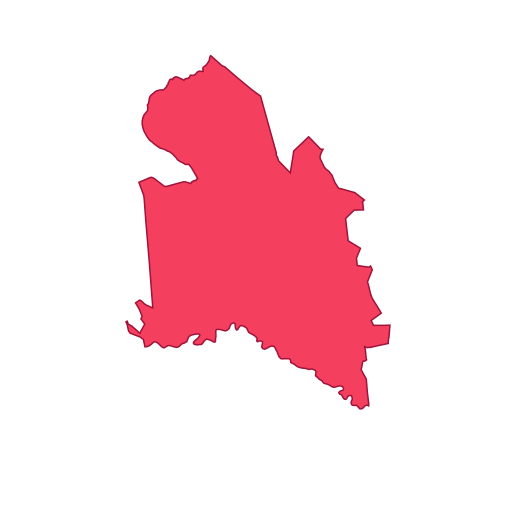 Krapes pag., Ogre, Latvia (Albers equal-area conic projection), rotated 215°
{"feature_id": "27541924B6924780899124", "entity_name": "Krapes pag.", "entity_type": "district", "adm_level": 2, "iso_a3": "LVA", "parent_name": "Latvia", "parent_adm1": "Ogre", "projection": "albers", "projection_center": [25.205, 56.742], "detail": "fine", "context": "isolated", "style": "filled", "palette": "rose", "viewbox_px": 512, "rotation_deg": 215, "n_neighbors": 0, "source": "geoboundaries", "source_scale": "gbopen_adm2", "svg_char_len": 6113}
<svg xmlns="http://www.w3.org/2000/svg" viewBox="0 0 512 512"><g transform="rotate(215 256 256)"><path d="M431.5,317.2L431.2,317.0L430.4,316.3L428.9,314.2L428.4,313.3L428.3,312.1L428.6,308.1L428.6,307.1L428.4,306.1L428.0,304.6L427.3,302.9L426.7,301.4L425.9,300.2L424.5,298.3L421.4,295.5L419.0,293.8L413.8,291.3L410.4,290.1L408.7,289.8L407.0,289.8L403.5,289.4L398.0,289.3L396.0,289.5L393.3,290.5L390.4,291.1L388.4,291.2L386.6,291.8L384.7,291.8L382.5,291.7L381.3,291.3L378.3,290.8L375.4,289.8L373.7,289.8L370.6,290.1L368.9,290.4L366.4,290.5L364.7,291.6L363.7,292.5L360.0,291.5L348.3,286.1L348.7,285.2L348.7,284.6L348.6,283.6L348.6,283.2L349.7,282.5L350.1,282.0L350.5,281.6L350.5,280.8L350.6,280.4L351.3,279.6L351.2,279.1L351.0,278.5L350.9,278.1L351.1,277.9L356.0,276.4L357.0,275.8L358.1,275.0L365.9,265.7L368.2,262.8L369.6,261.4L370.8,260.7L372.0,260.5L374.0,260.7L384.2,261.1L386.8,260.5L388.0,259.2L392.0,252.6L394.2,249.2L382.9,241.4L382.2,240.6L381.4,239.9L366.7,221.9L340.1,190.0L310.8,154.3L310.9,154.2L317.6,152.9L319.8,152.8L323.9,153.4L325.8,153.3L325.9,153.2L326.1,152.9L327.8,148.5L320.6,145.2L314.7,141.3L314.2,138.5L308.1,136.4L307.7,132.6L307.5,132.0L307.3,128.9L306.8,126.0L307.5,126.0L310.2,126.6L312.2,126.7L313.0,126.9L317.3,127.2L317.6,127.5L318.1,127.2L320.5,127.2L321.5,126.9L321.9,126.9L322.7,127.8L324.2,128.7L324.7,127.4L322.4,126.1L317.5,121.6L314.8,120.6L304.3,123.2L300.3,123.0L294.9,117.9L294.0,118.7L293.1,119.4L292.5,120.4L291.9,121.4L291.5,122.6L291.1,123.8L290.5,126.5L290.2,127.1L289.7,127.6L288.4,128.2L287.1,128.4L285.2,128.2L280.8,127.5L279.3,127.7L278.6,128.1L276.8,131.9L276.0,132.7L274.5,133.5L270.6,134.7L268.6,135.7L267.8,136.5L267.2,137.5L266.9,138.7L266.7,139.4L266.7,140.5L266.4,141.3L266.0,141.9L265.7,142.5L265.0,143.2L263.6,145.9L263.7,147.0L263.9,147.3L264.2,148.8L264.5,149.8L264.7,150.6L264.6,151.7L264.3,152.6L263.9,153.4L263.7,154.0L262.0,155.9L259.6,158.3L258.7,159.0L257.8,159.2L256.7,159.2L256.4,158.2L256.4,155.9L257.7,150.7L257.5,148.9L257.0,148.6L256.3,148.3L255.2,148.5L253.0,149.6L251.7,150.9L250.7,151.5L249.9,152.5L249.6,153.8L249.6,155.1L249.8,156.3L249.5,157.2L249.5,157.6L248.8,159.6L248.3,159.9L244.8,160.9L243.3,161.2L242.4,161.1L241.2,161.3L240.3,161.9L240.2,162.7L240.8,163.7L241.9,165.3L242.5,166.9L245.9,171.4L246.2,172.3L246.1,173.2L245.7,173.6L243.3,175.2L240.3,176.3L239.2,176.6L237.8,177.4L237.1,178.6L236.6,179.9L236.4,181.1L237.2,184.2L237.4,185.8L236.9,187.1L236.3,188.0L235.2,188.7L234.4,188.4L233.4,187.6L232.8,186.6L231.4,185.2L230.1,184.4L229.3,184.3L228.9,184.9L228.8,186.2L229.0,187.0L229.0,187.9L228.9,189.9L227.2,191.1L223.3,191.7L221.6,191.2L218.3,189.3L216.7,189.3L215.1,189.6L211.3,189.9L208.1,189.4L207.6,188.7L207.0,187.4L206.6,186.8L205.8,186.6L205.5,186.7L204.8,188.0L204.0,188.8L202.3,189.5L201.6,189.4L200.7,188.4L200.0,186.6L199.6,185.9L199.4,185.1L198.9,184.6L197.4,184.0L195.5,184.6L193.8,187.3L193.4,188.4L192.1,190.7L191.2,191.4L190.0,192.0L189.0,192.2L187.7,191.8L186.3,190.9L183.6,189.6L182.7,188.8L180.2,187.3L179.6,186.7L176.8,186.2L175.6,186.7L175.2,187.1L170.7,190.4L169.5,190.9L168.5,190.8L167.4,189.9L166.8,189.0L166.5,188.7L162.7,189.2L158.7,189.1L156.6,189.6L154.5,190.4L150.7,192.4L148.0,193.3L147.3,193.6L146.5,194.8L144.4,195.8L142.2,196.3L140.8,195.8L140.1,195.0L139.7,194.4L138.7,192.2L138.0,191.9L136.1,191.9L133.8,191.3L130.4,191.6L128.1,190.8L127.2,190.8L123.5,192.1L121.4,192.4L118.5,192.5L117.4,192.9L116.3,193.7L113.3,197.3L112.6,197.9L110.9,198.5L109.4,198.4L108.5,197.8L108.0,197.3L107.8,196.3L107.9,195.7L109.5,193.7L109.8,192.7L109.9,192.0L109.8,191.5L109.4,191.2L108.3,190.9L106.9,191.3L105.7,191.1L104.2,190.4L103.3,189.8L102.4,189.5L101.4,189.5L100.7,189.7L100.1,190.4L99.9,191.1L100.2,192.1L100.2,193.5L99.8,194.8L99.3,195.4L98.4,196.1L97.6,196.1L96.4,195.4L95.6,194.7L95.0,193.9L94.7,192.8L94.5,191.3L93.6,189.9L92.4,189.2L91.7,189.0L90.3,189.6L89.6,190.1L88.1,191.3L87.0,191.3L86.3,191.0L84.6,190.7L83.5,190.3L83.2,190.4L82.3,191.0L81.5,191.8L81.2,192.8L80.7,195.6L80.3,196.7L79.1,197.8L77.8,197.7L77.7,197.9L79.4,200.2L86.5,208.1L95.0,218.4L104.6,223.1L106.2,226.9L107.9,230.5L107.7,231.5L107.8,231.8L106.7,232.2L106.4,232.6L105.8,234.4L106.3,234.7L107.1,235.4L112.6,241.9L114.5,243.5L115.0,244.2L112.4,244.6L110.9,246.1L110.2,246.4L101.4,256.1L101.2,256.2L97.5,260.2L97.9,260.6L100.5,265.2L100.3,265.4L106.6,276.2L110.3,273.4L116.9,268.7L120.0,266.6L124.7,269.2L123.7,272.0L123.6,272.3L120.6,281.1L136.7,288.1L139.9,290.3L139.9,290.2L145.0,294.8L149.9,298.9L152.8,311.4L156.4,313.5L157.1,311.6L167.6,306.3L172.5,311.9L174.8,322.2L189.2,321.3L204.1,338.1L202.8,345.3L201.8,350.0L194.4,355.4L199.2,361.0L199.9,361.2L199.3,364.0L211.3,364.6L225.7,359.6L226.9,358.8L227.1,358.8L233.6,361.5L240.0,365.7L244.9,367.2L248.6,367.3L251.5,368.2L259.1,372.5L259.6,373.0L260.9,374.6L262.1,379.5L262.3,381.9L264.4,380.6L277.5,383.2L281.3,383.8L283.4,372.9L283.5,372.8L285.3,363.6L284.2,361.3L284.0,361.1L275.6,343.7L276.0,343.8L292.1,346.9L293.2,347.7L295.4,349.5L296.6,349.8L297.2,350.1L298.5,352.1L344.0,389.6L354.5,389.8L373.0,391.3L390.1,393.0L393.1,392.4L407.6,394.1L408.1,394.0L407.8,392.4L407.6,391.7L406.4,389.0L406.4,388.3L406.3,385.2L406.5,383.4L406.6,382.8L407.3,381.2L407.5,380.4L407.2,379.3L406.9,378.8L405.2,376.8L408.1,375.1L408.6,374.8L408.9,374.4L409.7,372.6L409.8,370.6L410.2,369.3L410.4,368.8L411.4,367.7L413.5,366.5L412.9,364.0L413.2,363.9L413.4,363.4L413.5,362.5L415.0,361.4L415.2,361.0L415.7,360.2L415.7,359.4L415.9,358.6L417.4,358.5L422.9,357.5L423.3,357.4L424.6,356.7L425.2,355.6L425.2,355.4L425.1,355.2L425.2,354.9L425.7,354.7L425.9,354.5L425.9,354.1L425.5,353.2L425.5,352.6L426.5,352.4L427.5,351.7L427.6,351.3L427.7,350.8L427.6,350.0L427.2,348.8L427.3,347.4L427.0,347.0L426.4,345.9L426.6,345.1L426.8,344.9L426.8,344.6L426.7,344.2L426.4,343.7L426.5,343.3L426.3,342.6L426.5,342.1L426.8,341.0L426.8,339.6L426.9,339.3L427.3,338.8L428.7,337.9L429.8,337.0L431.7,334.9L432.3,333.9L433.0,332.3L433.9,328.5L434.3,327.3L434.3,326.1L433.8,323.8L432.5,321.5L431.8,319.8L431.6,319.0L431.5,317.9L431.6,317.5L431.5,317.2Z" fill="#f43f5e" stroke="#9f1239" stroke-width="1.5"/></g></svg>